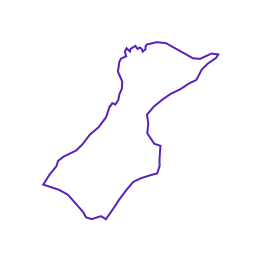 the district of Jangyon, Hwanghae-namdo, North Korea, rotated 108°
{"feature_id": "82179303B35312856855320", "entity_name": "Jangyon", "entity_type": "district", "adm_level": 2, "iso_a3": "PRK", "parent_name": "North Korea", "parent_adm1": "Hwanghae-namdo", "projection": "natural_earth1", "projection_center": [125.0, 38.252], "detail": "fine", "context": "isolated", "style": "outline", "palette": "violet", "viewbox_px": 256, "rotation_deg": 108, "n_neighbors": 0, "source": "geoboundaries", "source_scale": "gbopen_adm2", "svg_char_len": 1023}
<svg xmlns="http://www.w3.org/2000/svg" viewBox="0 0 256 256"><g transform="rotate(108 128 128)"><path d="M30.1,64.9L31.5,71.7L40.0,80.9L41.6,87.7L35.6,118.0L37.5,127.2L42.7,135.8L44.4,136.4L44.8,136.5L47.8,135.7L50.8,137.6L48.4,139.6L47.8,141.7L49.9,143.4L47.6,146.3L51.8,149.9L54.6,149.8L52.6,154.0L56.4,154.6L60.3,151.9L64.2,156.1L67.8,156.7L77.6,155.0L85.5,147.9L92.3,146.0L98.7,146.6L104.2,145.9L109.6,147.3L109.2,150.6L113.0,151.6L113.1,152.1L124.7,152.2L136.3,156.2L146.0,162.2L157.6,166.3L165.4,170.3L175.0,180.3L180.8,184.3L186.6,184.3L196.2,188.1L208.0,191.1L208.1,180.4L208.1,174.4L210.1,164.4L216.0,154.4L222.0,144.4L225.9,140.4L225.9,134.4L222.0,129.0L220.2,126.4L221.6,120.8L206.6,116.3L198.9,114.3L187.2,110.3L177.6,106.3L171.8,100.2L166.0,92.2L162.2,86.2L154.4,86.2L148.6,88.2L140.8,90.2L134.9,91.6L134.9,98.1L127.0,108.1L117.3,110.1L109.5,114.1L99.8,110.1L90.2,104.0L82.4,98.0L74.7,90.0L67.0,84.0L61.2,77.9L49.6,75.9L41.9,71.9L34.1,65.9L30.1,64.9Z" fill="none" stroke="#5b21b6" stroke-width="2"/></g></svg>